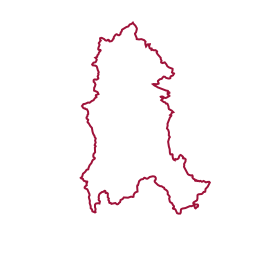 an SVG outline of Hubei, rotated 251°
{"feature_id": "CHN-1807", "entity_name": "Hubei", "entity_type": "Province", "adm_level": 1, "iso_a3": "CHN", "parent_name": "China", "parent_adm1": "", "projection": "albers", "projection_center": [112.208, 31.166], "detail": "fine", "context": "isolated", "style": "outline", "palette": "rose", "viewbox_px": 256, "rotation_deg": 251, "n_neighbors": 0, "source": "natural_earth", "source_scale": "10m", "svg_char_len": 5808}
<svg xmlns="http://www.w3.org/2000/svg" viewBox="0 0 256 256"><g transform="rotate(251 128 128)"><path d="M71.6,138.0L73.0,137.7L73.8,136.8L74.3,135.6L74.6,132.6L73.9,130.6L73.8,129.6L74.2,128.8L75.5,127.6L75.6,127.1L74.8,125.6L75.1,123.9L75.0,123.2L74.1,121.2L70.6,118.8L70.5,118.4L70.6,118.1L69.7,117.6L64.8,116.3L64.7,114.1L64.2,113.0L63.1,111.7L61.2,110.8L61.2,110.1L62.1,108.6L62.1,105.3L63.7,101.4L62.6,99.8L62.3,97.5L60.5,96.4L60.2,95.3L59.4,94.1L59.3,93.2L59.6,92.6L61.2,91.6L61.7,87.6L62.7,87.3L63.2,86.1L63.7,86.0L65.1,86.4L66.4,86.0L67.5,86.9L69.1,86.3L72.6,87.6L73.6,86.9L73.6,86.0L73.9,85.7L75.4,86.0L75.8,86.0L76.2,85.6L76.2,85.0L75.7,84.3L75.9,82.4L75.0,79.8L74.2,78.9L72.1,77.7L70.7,77.5L69.8,76.9L69.0,76.9L68.2,77.4L67.6,77.5L65.9,76.4L66.6,75.3L67.0,73.4L66.9,72.8L66.2,71.8L63.9,71.0L61.9,71.0L60.5,70.1L59.0,69.9L58.9,69.3L60.8,67.2L62.8,67.4L64.2,66.6L66.4,67.3L69.4,67.3L71.5,68.2L75.1,68.4L75.8,68.7L76.8,69.7L78.1,70.0L83.1,69.6L83.6,69.3L84.9,67.8L85.6,67.5L86.3,67.9L86.8,68.8L87.3,70.4L88.6,70.5L89.9,71.7L90.6,72.0L90.8,71.8L90.5,71.3L90.5,70.9L91.9,70.0L92.4,69.1L93.2,68.8L94.6,68.8L95.4,67.5L96.2,67.1L96.9,68.8L99.5,70.6L100.0,72.2L100.7,73.6L101.9,75.1L102.0,75.6L101.8,76.6L102.0,77.1L103.0,77.6L105.2,79.5L106.7,81.9L108.9,83.9L109.3,84.7L109.7,86.3L110.0,86.7L110.6,86.8L111.9,85.9L112.8,86.0L114.5,86.9L115.8,89.0L120.3,90.3L121.3,91.5L122.7,90.9L124.8,92.7L126.8,92.8L128.7,94.1L129.9,93.6L131.9,93.7L132.6,93.4L134.3,93.2L136.3,93.3L139.9,93.9L142.1,93.0L145.6,92.3L146.1,91.8L146.9,91.7L148.6,93.0L149.3,92.8L150.3,92.0L151.2,92.1L151.6,92.3L152.2,93.3L153.6,94.0L154.1,94.9L156.6,95.6L159.0,95.3L159.7,94.1L160.2,93.6L160.6,93.6L160.9,92.8L161.3,92.4L162.3,91.9L163.3,92.0L163.8,91.7L165.1,93.6L164.8,95.6L165.1,98.5L164.4,99.9L165.3,102.5L165.5,104.5L166.9,106.3L167.5,108.3L168.2,108.3L168.9,108.0L169.6,108.5L169.7,111.1L171.5,111.0L172.2,110.6L174.4,108.1L177.2,109.2L177.9,110.1L179.7,111.4L182.0,111.2L182.8,110.6L184.0,110.9L184.5,111.2L184.8,111.9L184.7,112.6L184.0,113.8L184.0,114.6L184.4,116.0L184.9,116.2L186.7,116.1L188.1,117.5L189.4,117.6L189.9,118.3L190.5,118.5L192.6,118.3L195.7,118.5L196.7,118.3L197.6,117.4L198.8,115.0L199.8,114.8L201.0,116.6L200.8,118.3L201.0,119.1L202.7,120.7L204.2,120.5L205.1,120.0L205.3,122.0L206.7,122.7L207.3,124.0L208.8,125.1L210.1,127.3L210.8,127.3L211.5,125.7L212.3,125.5L213.7,126.3L215.8,128.2L216.5,128.2L217.4,127.9L217.9,128.1L218.5,129.2L219.3,129.9L219.5,130.7L220.7,130.5L221.9,130.8L222.0,132.0L221.5,132.8L219.7,134.5L218.5,135.0L217.7,135.9L217.6,136.8L217.9,137.6L217.7,138.3L217.2,138.6L216.2,138.5L215.8,138.8L215.5,140.8L216.1,142.0L216.9,142.7L217.2,143.6L218.5,144.1L220.0,146.2L220.3,147.0L220.3,147.9L218.9,149.0L218.6,150.0L219.4,151.6L220.7,152.2L221.3,153.3L222.9,154.4L224.0,159.4L223.9,161.4L225.3,163.3L225.3,165.4L226.0,166.9L225.1,167.0L222.3,168.3L219.5,168.8L218.7,168.6L215.8,166.7L215.1,165.4L214.7,165.2L210.4,165.5L209.2,165.2L208.1,167.4L207.9,168.7L207.6,169.7L205.8,171.9L204.0,172.7L203.1,172.1L201.6,171.7L199.1,171.6L199.3,172.0L199.9,172.3L200.7,173.6L200.1,175.9L199.6,175.6L199.0,174.6L196.3,174.5L195.8,175.1L195.5,176.2L195.0,176.2L194.4,175.6L194.1,175.6L194.1,176.5L193.1,177.7L192.6,179.4L191.1,180.4L190.6,180.4L190.3,179.7L189.9,179.6L188.1,180.0L183.7,181.8L182.6,181.4L180.6,181.6L179.7,180.8L179.2,180.7L178.7,181.1L178.1,181.9L178.1,184.1L175.7,185.0L173.6,185.3L171.9,186.5L169.5,189.4L168.4,189.1L166.2,187.7L165.3,188.3L164.6,189.3L164.4,189.3L164.0,188.6L163.2,187.8L163.0,187.1L163.0,185.4L162.8,185.0L162.3,184.6L161.4,184.3L161.3,184.1L161.4,182.9L161.9,181.9L163.0,180.3L164.4,179.6L165.0,178.4L164.5,177.2L163.5,175.9L163.7,173.9L162.8,171.7L162.1,171.4L160.3,171.6L159.9,171.3L160.1,169.3L161.3,166.4L161.3,165.8L159.5,166.9L157.7,168.7L156.9,169.2L151.1,176.1L150.1,177.8L149.4,178.0L148.6,177.2L148.4,177.5L148.3,178.5L148.1,178.7L147.7,178.6L147.6,176.8L147.2,176.5L146.6,176.5L145.2,177.7L144.8,177.6L144.1,174.1L144.2,173.1L144.7,172.4L146.5,171.0L146.9,169.8L146.9,169.1L146.7,169.1L144.8,171.4L144.3,170.5L144.1,169.3L143.5,168.5L141.0,170.2L140.1,171.5L138.7,171.9L138.4,172.8L137.9,173.2L135.1,173.3L133.6,172.9L132.5,172.9L130.2,175.0L128.2,176.0L128.1,174.3L127.0,173.4L126.5,172.0L125.4,172.8L124.2,171.0L119.1,166.7L117.4,166.3L114.9,164.7L113.0,165.4L110.6,165.3L107.8,164.2L105.8,164.6L105.0,163.6L102.0,161.5L97.1,160.6L94.4,160.5L90.8,159.5L89.3,159.5L89.0,160.0L88.9,161.1L88.6,161.4L88.2,161.5L86.6,160.9L84.3,160.6L83.2,160.9L82.3,161.8L83.1,162.2L83.3,162.6L82.6,163.4L82.5,164.9L83.1,166.2L84.2,166.9L85.1,167.9L85.4,168.9L84.8,169.5L83.1,170.5L82.6,170.6L81.7,170.1L81.2,170.3L81.0,171.4L79.9,172.2L79.5,172.3L77.6,171.4L75.7,169.3L74.3,169.0L73.1,168.3L64.9,169.6L64.0,170.2L62.8,171.8L62.3,173.4L61.3,173.5L60.7,173.0L60.2,172.8L58.5,173.4L57.8,174.3L56.8,174.3L56.5,175.3L56.0,175.0L55.7,176.1L55.3,176.2L55.0,177.6L54.4,178.0L54.4,179.3L53.1,180.4L53.3,182.3L51.2,184.0L51.2,185.3L50.8,186.8L50.6,187.3L49.8,187.6L46.6,184.3L45.1,181.5L42.7,180.3L42.6,179.6L42.9,178.7L41.9,177.1L41.6,176.2L42.3,173.3L42.2,172.3L41.8,171.8L38.7,170.7L37.4,169.9L37.0,169.1L36.5,166.4L36.1,165.5L35.4,165.2L35.2,165.3L33.6,167.0L33.1,168.7L32.7,169.1L31.7,169.0L30.9,168.4L30.7,167.2L30.0,165.8L30.4,165.4L32.6,165.3L33.3,164.9L33.5,164.3L33.4,162.6L34.0,161.0L33.6,156.2L34.1,153.3L34.0,152.1L33.6,151.5L30.8,150.3L30.1,149.5L30.7,147.7L31.5,146.7L35.4,146.3L36.0,146.0L36.8,144.6L37.3,144.3L37.7,144.5L38.2,145.7L39.0,146.0L41.0,145.3L42.5,145.2L44.0,143.9L44.9,143.6L47.7,143.9L48.2,144.1L48.8,144.8L49.6,145.1L52.6,144.0L53.9,144.6L55.3,144.7L56.8,144.0L58.5,142.6L59.8,142.7L60.6,141.8L62.0,140.8L62.6,139.4L64.3,137.8L67.8,136.0L68.6,135.8L69.3,136.0L69.7,136.4L70.2,137.4L71.6,138.0Z" fill="none" stroke="#9f1239" stroke-width="2"/></g></svg>